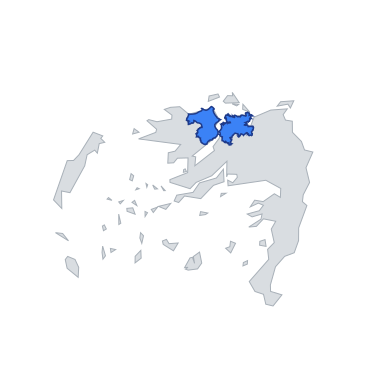 Dytikis Elladas, Dytiki Ellada, Greece (highlighted), rotated 116°
{"feature_id": "26713481B45081925310995", "entity_name": "Dytikis Elladas", "entity_type": "district", "adm_level": 2, "iso_a3": "GRC", "parent_name": "Greece", "parent_adm1": "Dytiki Ellada", "projection": "albers", "projection_center": [21.426, 38.276], "detail": "fine", "context": "in_parent", "style": "filled", "palette": "blue", "viewbox_px": 384, "rotation_deg": 116, "n_neighbors": 0, "source": "geoboundaries", "source_scale": "gbopen_adm2", "svg_char_len": 9648}
<svg xmlns="http://www.w3.org/2000/svg" viewBox="0 0 384 384"><g transform="rotate(116 192 192)"><path d="M245.0,66.1L258.9,69.2L260.5,76.5L252.6,82.9L253.8,91.8L247.4,101.3L218.9,93.5L210.4,98.9L201.4,95.9L190.6,104.5L181.6,103.9L184.8,116.0L194.7,119.1L198.6,125.6L186.2,118.1L181.0,119.4L188.0,127.1L187.6,132.7L179.3,123.3L172.6,122.0L172.9,127.5L179.8,133.1L171.9,132.1L169.4,123.8L157.5,117.2L158.1,110.2L149.9,113.8L149.1,130.8L170.6,162.3L165.7,165.1L165.8,159.4L158.9,157.7L156.5,159.5L157.9,162.7L160.3,167.9L163.2,167.5L149.0,174.1L168.8,181.4L181.6,192.5L189.9,195.2L193.0,216.0L190.6,217.3L176.5,204.4L163.1,210.5L168.0,219.9L173.8,221.3L176.7,226.4L167.1,230.5L162.7,225.1L154.2,223.0L167.7,263.3L154.3,250.7L151.1,251.3L147.7,263.7L145.9,262.6L144.2,254.3L135.4,242.2L131.7,243.7L129.9,253.1L125.3,248.4L120.7,240.4L123.5,229.0L107.2,210.4L115.4,199.1L122.8,199.9L127.6,194.2L131.4,194.4L159.6,207.6L158.8,204.1L167.2,200.9L144.9,190.0L142.0,193.0L131.7,191.1L117.4,194.5L113.3,188.3L112.5,192.5L109.0,193.6L97.1,173.9L107.0,173.2L107.2,168.2L97.5,169.0L83.8,157.1L75.5,142.8L82.5,144.0L86.4,139.5L84.4,132.9L94.3,127.9L98.6,115.8L104.9,109.3L103.1,100.9L120.2,100.2L131.9,90.5L145.8,90.8L152.3,88.5L153.8,82.8L177.5,80.4L189.0,74.9L201.8,73.5L209.2,80.5L222.6,84.2L241.2,80.8L246.9,77.8L245.0,66.1ZM189.2,296.6L198.6,294.1L197.0,297.8L204.5,302.6L215.5,299.9L246.1,301.4L248.3,309.7L263.9,301.8L259.8,313.0L218.5,317.9L215.6,312.3L208.1,309.9L181.6,307.1L180.7,296.8L183.8,297.5L185.6,292.2L189.2,296.6ZM168.7,167.7L176.6,175.6L194.1,181.2L198.9,197.0L207.3,199.4L207.9,204.1L201.5,204.3L191.9,190.9L180.5,189.2L168.7,176.2L157.7,173.8L168.7,167.7ZM258.7,153.3L263.9,161.2L264.2,164.1L261.4,162.6L263.3,165.5L252.1,164.9L250.5,163.0L255.0,158.4L249.4,162.5L242.7,158.9L251.6,152.1L258.7,153.3ZM308.3,276.3L304.4,275.5L303.9,267.6L309.4,260.8L318.6,256.9L315.3,270.8L308.3,276.3ZM251.7,194.9L249.0,197.1L245.8,194.2L248.5,190.0L243.9,182.1L253.0,182.9L251.7,194.9ZM91.0,188.7L97.5,201.0L96.7,203.7L89.8,202.3L87.7,197.6L84.8,199.5L91.0,188.7ZM77.5,153.1L72.0,151.9L65.4,140.5L73.4,140.4L71.0,144.3L77.5,153.1ZM229.8,130.5L227.8,137.1L224.6,134.0L219.4,135.8L219.0,130.4L229.8,130.5ZM273.8,208.7L280.7,212.1L274.7,214.9L266.9,212.4L273.8,208.7ZM210.2,107.9L206.6,109.4L202.8,105.5L208.4,101.6L210.2,107.9ZM94.6,208.9L103.4,217.1L98.2,218.7L92.5,211.6L94.6,208.9ZM237.8,241.9L235.3,243.4L232.2,238.3L236.9,233.4L237.8,241.9ZM219.1,207.9L219.6,215.8L211.6,206.1L219.1,207.9ZM290.0,281.6L288.4,296.9L286.0,290.1L290.0,281.6ZM95.5,182.7L90.8,184.7L94.9,175.0L95.5,182.7ZM165.9,270.8L160.4,271.8L161.5,265.8L165.9,270.8ZM279.8,248.6L287.3,241.8L291.4,242.6L285.7,246.4L279.8,248.6ZM251.1,220.4L252.6,216.4L260.2,214.6L256.2,218.7L251.1,220.4ZM228.4,235.6L227.6,241.4L224.7,239.9L228.4,235.6ZM227.4,217.8L225.5,221.0L220.6,216.3L227.4,217.8ZM209.7,174.8L205.9,175.7L204.0,168.6L206.4,170.0L209.7,174.8ZM236.1,113.8L232.9,114.9L229.3,112.0L232.6,110.7L236.1,113.8ZM208.2,250.6L208.2,253.5L202.2,254.8L203.0,251.5L208.2,250.6ZM253.3,243.5L244.0,248.2L251.3,242.3L253.3,243.5ZM203.2,218.0L200.1,222.5L202.5,216.7L203.2,218.0ZM234.6,223.4L230.1,225.7L230.1,222.9L234.6,223.4ZM265.6,254.6L261.9,257.6L260.0,256.4L262.8,252.8L265.6,254.6ZM281.9,238.3L278.5,240.6L277.2,235.4L281.9,238.3ZM205.8,226.8L202.9,230.4L204.3,224.4L205.8,226.8ZM95.0,189.6L95.2,194.5L92.8,188.5L95.0,189.6ZM234.1,251.3L233.0,253.5L229.7,250.0L234.1,251.3ZM183.6,164.3L180.4,165.1L178.2,160.9L183.6,164.3ZM178.1,208.4L175.6,209.3L174.2,208.3L176.0,206.0L178.1,208.4ZM207.5,234.7L204.5,237.1L204.9,235.0L207.5,234.7ZM234.6,260.3L235.6,265.2L233.6,264.6L234.6,260.3ZM214.7,243.5L212.2,243.2L212.2,240.9L214.7,243.5Z" fill="#d9dde1" stroke="#a8b0b8" stroke-width="1"/><path d="M143.7,201.4L143.3,200.7L143.0,200.7L142.5,199.7L142.0,199.9L141.3,199.8L140.6,199.9L138.9,199.5L138.6,198.9L138.2,198.7L137.8,198.9L137.1,198.2L137.0,197.8L136.6,197.1L136.0,196.5L135.0,196.9L134.7,196.3L133.5,195.8L133.5,195.3L133.2,194.8L132.4,194.8L131.2,194.2L129.5,194.3L128.5,193.8L127.7,194.6L127.4,194.6L126.3,195.0L125.7,195.8L125.4,196.0L125.1,196.3L125.0,197.1L124.8,197.3L124.5,198.4L123.4,199.6L123.3,200.1L121.3,201.1L119.5,200.5L119.1,200.6L116.8,199.0L116.3,199.0L116.0,199.3L115.6,199.3L115.0,198.4L114.7,198.5L114.5,198.3L114.5,199.1L114.2,200.1L114.4,201.2L114.3,201.9L114.0,202.5L113.6,202.7L113.3,203.8L112.5,205.3L111.1,207.3L109.4,208.8L108.4,209.0L108.0,208.9L107.8,208.5L107.4,208.7L106.7,210.9L106.7,212.0L107.1,212.3L110.5,213.5L111.9,214.6L112.5,215.3L112.6,216.5L112.9,217.3L112.5,218.5L112.7,218.8L112.5,219.5L112.6,219.9L112.7,220.0L112.8,219.8L112.9,219.1L113.2,218.9L114.6,219.0L115.6,219.6L116.6,220.7L119.2,222.4L120.3,223.5L121.6,225.4L122.7,227.4L123.5,229.4L124.4,228.7L125.6,228.8L126.7,228.6L127.3,228.9L127.6,228.7L128.4,228.9L129.3,228.5L129.9,228.5L130.0,228.1L129.7,227.9L129.6,227.0L129.6,226.5L129.8,226.8L130.0,226.8L130.3,225.9L130.7,226.1L130.7,225.8L131.1,225.5L131.9,225.4L132.9,224.9L132.7,224.5L131.8,223.9L131.4,223.2L130.5,222.8L130.3,222.8L130.3,222.6L130.0,222.4L130.0,222.0L129.7,221.9L129.7,221.5L129.3,221.0L128.0,221.0L127.2,221.6L126.9,221.7L126.8,220.8L126.9,220.3L126.8,220.0L127.4,217.8L127.3,217.0L126.9,216.0L126.8,214.2L127.3,213.0L128.2,212.4L128.6,211.8L129.6,211.3L129.8,211.6L129.6,212.2L130.0,212.5L130.7,212.8L130.7,213.0L131.0,213.2L131.3,212.9L132.0,213.3L132.3,213.9L133.0,213.7L133.1,214.0L134.0,214.1L134.4,214.4L135.1,213.4L135.7,213.1L135.9,212.9L136.6,212.9L136.5,213.2L136.9,213.6L137.3,213.5L138.0,213.9L138.6,212.7L139.2,212.4L139.5,212.5L139.7,212.2L140.5,212.2L140.0,211.2L139.2,210.5L140.0,209.6L139.9,208.0L140.6,208.0L140.9,207.7L141.3,207.6L141.6,207.2L141.6,206.7L141.9,206.6L142.2,206.8L142.7,206.0L143.3,205.6L143.2,204.9L143.6,204.6L143.6,203.6L143.7,203.3L143.8,202.5L143.6,201.7L143.7,201.4ZM106.9,167.6L107.2,167.8L108.5,170.1L108.2,170.2L107.9,170.9L107.8,172.2L108.0,172.5L108.5,172.8L108.8,173.9L108.8,174.3L108.5,174.3L108.1,173.3L107.6,173.2L106.6,172.5L106.4,172.9L106.4,173.9L106.1,174.1L106.1,174.4L105.7,173.9L104.3,173.1L104.4,172.9L104.6,172.6L104.5,172.1L103.7,172.2L103.2,171.4L102.1,171.8L101.5,171.4L101.0,172.3L99.8,172.3L100.3,172.1L100.0,171.8L99.8,170.9L99.2,172.2L98.3,172.3L97.7,172.1L97.0,170.9L96.9,171.8L96.5,172.2L96.9,173.1L97.5,174.0L97.6,173.8L98.0,174.2L96.9,174.4L96.2,174.8L96.0,175.1L96.3,175.4L96.0,176.1L95.9,176.9L96.6,177.1L96.9,178.1L97.4,178.4L97.8,178.0L98.1,177.9L98.2,178.1L99.4,176.9L100.1,176.9L100.3,177.3L100.4,178.6L100.7,179.1L100.7,180.1L101.4,181.5L101.5,181.5L101.8,181.3L102.2,181.6L102.8,181.4L103.4,181.6L103.5,182.6L104.4,184.0L104.1,186.5L104.4,187.5L105.0,187.7L105.9,186.7L106.1,186.5L106.5,186.7L106.2,188.0L106.6,188.3L106.0,188.2L105.9,188.5L106.3,188.6L106.1,188.9L106.7,188.6L106.7,188.8L106.3,189.1L106.9,189.7L106.9,190.2L107.2,190.6L107.0,190.8L108.1,191.0L107.3,191.0L107.3,191.4L107.4,191.5L107.4,192.0L106.9,192.3L107.0,192.6L106.7,192.6L106.7,192.1L106.3,192.8L106.6,192.7L106.8,193.0L106.7,193.4L106.5,193.5L106.5,194.0L106.9,193.8L107.4,193.8L107.6,194.0L107.5,194.4L108.3,195.0L108.2,195.2L107.9,195.1L107.8,194.8L107.8,195.1L108.3,195.3L108.7,195.3L109.5,195.1L110.6,195.3L110.9,195.1L109.8,194.8L110.1,194.4L110.4,194.6L110.5,194.2L111.4,193.8L111.4,193.4L111.2,193.2L111.5,193.0L112.1,193.0L112.2,192.6L113.1,192.1L113.6,192.1L113.4,192.0L113.6,190.5L114.0,190.2L113.7,190.2L113.4,189.5L112.9,189.3L112.4,188.6L112.5,188.3L112.9,187.9L114.0,189.3L114.3,190.5L114.2,191.0L114.4,191.6L115.2,192.1L115.6,191.8L115.9,192.3L115.9,192.8L115.7,193.0L115.6,194.2L115.9,192.9L116.2,192.8L117.4,192.8L117.1,192.9L117.2,193.3L117.8,193.2L117.5,193.7L117.8,194.2L117.8,195.3L118.4,195.2L118.5,195.5L118.6,195.3L118.7,195.5L119.1,194.8L120.4,194.2L120.8,193.6L121.5,193.7L122.1,193.2L123.4,193.6L124.1,193.4L125.0,194.0L125.9,194.2L126.3,193.0L126.7,192.5L127.2,192.3L127.8,191.8L128.3,192.1L128.4,192.5L128.8,191.6L129.1,191.4L129.3,191.0L129.2,190.2L129.4,189.9L129.2,189.1L129.4,189.1L129.6,188.8L130.4,188.6L130.8,188.2L131.7,188.0L132.2,187.6L132.7,187.5L132.7,187.3L132.4,186.6L132.5,185.8L132.7,185.6L132.8,185.1L133.1,184.6L132.2,184.1L131.7,184.0L131.7,183.9L132.0,183.4L132.8,183.2L132.6,182.7L132.2,182.4L132.3,181.8L132.1,181.5L132.6,181.1L132.1,180.7L132.5,180.6L132.4,180.0L133.4,179.4L133.3,178.9L132.5,177.7L131.8,177.9L131.1,177.3L131.0,178.9L129.7,179.5L129.0,179.1L128.5,179.2L127.7,179.1L127.6,180.1L127.4,180.3L127.4,180.6L127.0,181.1L126.9,180.9L126.3,181.1L126.2,181.4L125.9,181.1L126.1,180.8L125.9,180.6L126.1,180.3L125.8,179.9L124.8,180.3L123.5,180.4L123.5,180.1L123.0,179.9L122.3,179.9L120.2,179.1L120.2,178.5L120.0,178.0L120.0,177.4L119.6,176.6L119.9,176.6L120.2,176.1L120.1,175.6L120.3,175.0L121.6,174.9L121.7,175.2L122.1,174.5L122.1,174.1L121.9,174.0L121.7,174.1L121.3,173.7L120.3,173.5L119.9,173.6L119.7,173.4L118.4,173.5L118.4,173.2L118.1,173.0L118.2,172.7L118.0,171.6L118.2,171.4L118.2,171.0L118.5,170.6L117.9,170.5L117.2,169.9L116.8,169.9L116.1,169.6L115.9,169.3L115.3,168.9L115.1,169.1L114.6,168.7L114.6,168.2L115.1,167.8L115.1,167.5L115.9,167.4L115.6,167.1L115.8,167.1L115.7,166.6L116.0,166.3L116.3,165.4L115.9,165.3L115.2,164.3L115.2,163.3L114.7,163.2L114.5,162.9L113.1,163.4L113.1,164.0L111.6,165.0L110.5,164.5L110.2,164.5L109.8,164.8L109.6,164.8L109.3,164.3L109.1,164.4L108.9,164.7L108.4,164.6L107.2,164.9L106.5,165.6L106.9,166.2L106.3,166.4L106.9,167.6ZM117.8,194.2L117.5,193.8L117.4,193.7L117.6,194.0L117.8,194.8L117.7,195.0L116.6,194.1L116.2,194.3L116.2,194.1L115.9,194.0L115.8,194.3L116.7,194.5L117.7,195.2L117.8,195.2L117.8,194.2Z" fill="#3b82f6" stroke="#1e3a8a" stroke-width="1.5"/></g></svg>